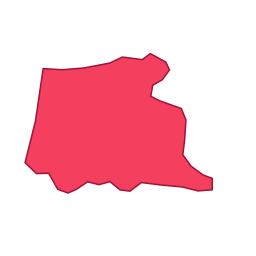 map outline of Mġarr (Mercator projection), rotated 14°
{"feature_id": "MLT-5924", "entity_name": "Mġarr", "entity_type": "state/province", "adm_level": 1, "iso_a3": "MLT", "parent_name": "Malta", "parent_adm1": "", "projection": "mercator", "projection_center": [14.373, 35.916], "detail": "fine", "context": "isolated", "style": "filled", "palette": "rose", "viewbox_px": 256, "rotation_deg": 14, "n_neighbors": 0, "source": "natural_earth", "source_scale": "10m", "svg_char_len": 600}
<svg xmlns="http://www.w3.org/2000/svg" viewBox="0 0 256 256"><g transform="rotate(14 128 128)"><path d="M36.5,186.6L36.5,143.3L31.3,90.9L50.3,87.3L70.2,80.6L94.6,69.4L105.4,60.5L125.3,58.2L131.6,50.4L148.8,54.9L154.2,61.6L149.7,72.8L141.6,80.6L142.5,91.7L152.4,94.0L175.0,96.2L182.3,106.2L185.9,126.3L187.7,140.8L198.5,149.8L212.1,155.4L222.0,156.5L224.7,167.6L211.2,172.1L194.9,172.1L173.2,175.4L154.2,177.7L145.2,188.8L135.3,190.0L123.5,184.4L113.6,190.0L101.8,190.0L92.8,200.0L85.5,205.6L74.7,204.5L62.0,191.1L50.3,194.4L36.5,186.6Z" fill="#f43f5e" stroke="#9f1239" stroke-width="1.5"/></g></svg>